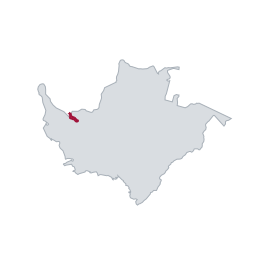 El Carmen, Norte de Santander, Colombia shown in context, rotated 285°
{"feature_id": "7082276B17655587109293", "entity_name": "El Carmen", "entity_type": "district", "adm_level": 2, "iso_a3": "COL", "parent_name": "Colombia", "parent_adm1": "Norte de Santander", "projection": "albers", "projection_center": [-73.319, 8.847], "detail": "fine", "context": "in_parent", "style": "filled", "palette": "rose", "viewbox_px": 256, "rotation_deg": 285, "n_neighbors": 0, "source": "geoboundaries", "source_scale": "gbopen_adm2", "svg_char_len": 5609}
<svg xmlns="http://www.w3.org/2000/svg" viewBox="0 0 256 256"><g transform="rotate(285 128 128)"><path d="M146.6,37.4L144.2,38.4L139.3,39.7L136.0,45.2L133.7,46.2L130.9,49.5L128.8,53.5L127.2,61.8L123.0,68.8L123.4,69.1L125.1,68.8L126.6,68.0L127.2,68.3L127.8,69.5L129.7,69.8L131.2,75.5L134.1,78.3L134.4,79.5L134.8,81.8L133.8,83.2L133.5,88.4L134.4,89.7L136.6,90.2L138.0,93.4L138.9,94.2L140.3,94.7L143.4,94.2L149.2,94.7L150.5,94.6L153.7,93.4L157.8,94.8L160.9,95.0L169.2,104.7L170.0,104.4L171.0,104.9L173.1,103.9L174.9,103.7L177.2,104.2L180.3,104.2L186.6,103.1L187.5,102.5L190.9,103.0L191.9,103.7L192.5,105.5L192.1,106.7L190.9,107.8L190.3,109.3L190.2,111.0L189.6,112.4L188.5,113.2L188.1,114.5L188.3,116.1L187.9,123.4L188.3,124.0L188.8,127.0L190.2,130.9L191.0,132.0L192.2,132.9L194.5,136.1L194.0,137.2L188.4,142.3L188.1,143.5L189.2,143.0L190.9,143.5L191.6,144.7L195.8,148.1L195.8,149.4L197.0,152.0L196.8,152.6L199.9,160.1L200.0,161.7L197.6,162.1L197.4,157.1L197.1,156.1L194.2,151.7L193.6,151.3L191.8,151.9L188.8,155.2L187.4,155.7L186.2,155.3L185.0,153.3L184.3,153.0L183.6,154.6L184.5,156.1L171.0,156.2L168.3,155.7L164.7,156.5L164.7,164.0L171.2,164.1L172.9,166.2L172.8,168.0L173.1,168.6L171.6,169.0L169.3,167.8L165.3,169.3L162.4,169.7L162.3,178.0L164.1,180.1L167.5,182.3L168.0,183.8L167.8,185.2L168.6,187.0L169.8,187.9L169.8,189.0L170.4,190.2L163.9,225.3L161.5,223.2L160.6,221.3L159.4,220.5L157.1,221.1L154.7,220.2L162.5,208.2L162.2,207.2L155.6,204.3L154.9,203.6L151.7,202.0L150.0,202.5L149.0,203.3L146.6,203.5L144.7,202.3L142.3,201.5L139.6,203.5L138.7,203.5L136.8,204.4L134.7,204.7L131.9,203.8L129.7,204.4L128.1,204.3L127.5,203.7L125.6,203.0L125.3,202.2L125.9,200.7L125.1,197.8L124.7,197.3L123.2,197.2L121.5,196.2L121.1,195.6L121.5,194.4L121.2,193.4L119.5,191.1L117.1,190.4L114.8,188.5L112.5,187.8L111.5,186.4L110.5,183.3L108.1,180.8L106.5,180.0L105.9,178.8L104.2,178.7L101.9,177.1L100.9,177.0L100.2,177.7L98.1,176.9L96.2,175.7L94.4,175.4L93.1,174.7L90.9,172.4L88.5,171.3L87.1,171.7L86.6,173.4L85.8,173.7L83.0,173.2L82.6,173.6L81.8,173.5L78.5,172.2L75.1,171.7L74.3,168.9L72.2,167.8L71.5,166.5L70.0,166.6L64.3,164.0L62.0,162.2L60.0,161.2L57.9,159.1L57.6,158.3L56.0,157.1L56.8,155.6L58.8,154.5L61.3,155.4L61.6,153.7L60.7,152.1L61.2,148.6L61.9,147.9L63.3,147.2L64.2,147.5L64.8,146.9L66.8,147.2L67.5,146.9L69.1,145.6L69.8,144.4L70.5,144.6L72.2,142.7L71.9,140.8L73.5,140.4L75.2,137.3L76.0,137.2L76.4,135.7L79.3,130.6L78.3,131.2L77.1,130.8L77.3,129.1L77.0,128.9L76.0,130.2L75.2,128.9L75.5,126.7L74.1,127.1L74.2,126.6L76.1,124.9L77.0,121.1L76.4,119.8L76.0,114.0L75.7,113.0L74.2,111.5L76.6,109.9L77.5,108.7L76.4,106.2L75.0,104.0L75.0,102.7L75.8,102.9L76.2,99.3L75.4,98.0L74.4,97.9L71.2,92.7L70.1,91.6L71.0,89.1L72.0,88.0L71.8,86.1L72.4,86.2L73.8,87.9L74.4,87.7L76.6,86.1L76.7,84.5L78.4,82.9L76.0,77.6L75.2,76.7L76.2,75.0L76.8,75.1L77.7,76.8L79.2,77.9L81.5,80.9L82.4,81.6L81.7,82.3L81.6,83.0L81.9,83.4L83.2,83.5L83.7,82.6L83.4,79.0L82.9,77.2L81.7,75.9L82.1,75.4L84.4,74.5L89.2,71.1L90.9,67.8L92.2,66.7L93.6,65.9L95.3,66.1L96.7,65.7L97.1,64.7L96.2,62.4L97.2,59.3L97.2,57.8L97.9,56.8L97.7,56.5L95.9,57.5L97.7,55.4L99.0,52.1L106.0,46.2L110.5,47.7L111.9,47.6L110.0,48.3L109.8,49.2L110.4,50.0L111.1,50.3L111.7,49.7L113.2,46.3L113.4,44.4L114.1,43.8L115.1,43.6L119.5,44.4L123.7,44.1L130.5,39.2L135.6,37.1L136.9,35.1L137.2,33.6L138.2,33.0L139.1,33.0L139.7,32.2L142.1,30.8L144.6,30.7L147.3,31.8L148.5,33.8L148.7,35.2L146.6,37.4ZM66.9,146.5L66.6,146.8L66.0,146.3L65.8,145.7L66.2,145.3L66.6,145.5L66.9,146.5Z" fill="#d9dde1" stroke="#a8b0b8" stroke-width="1"/><path d="M121.6,77.9L121.8,77.9L121.8,78.0L122.0,78.0L122.1,77.9L122.3,77.9L122.5,77.8L122.5,77.7L122.5,77.4L122.5,77.2L122.6,76.9L122.6,76.7L122.6,76.4L122.8,76.3L122.8,76.2L123.0,76.1L123.1,75.9L123.0,75.7L123.3,75.4L123.3,75.1L123.5,75.1L123.6,74.9L123.7,74.7L123.7,74.4L123.7,74.2L123.8,74.2L124.0,74.2L123.9,73.9L123.8,73.7L123.8,73.4L123.9,73.2L124.0,73.2L124.3,73.0L124.4,72.9L124.5,72.9L124.5,72.6L124.5,72.4L124.4,72.3L124.5,72.3L124.5,72.2L124.4,72.2L124.4,71.9L124.4,71.7L124.5,71.6L124.4,71.5L124.5,71.5L124.5,71.4L124.4,71.2L124.5,70.9L124.4,70.9L124.5,70.9L124.6,70.7L124.8,70.6L124.8,70.4L125.0,70.3L125.1,70.2L125.3,70.1L125.4,69.9L125.5,69.8L125.6,69.7L125.7,69.8L125.6,69.7L125.8,69.7L126.0,69.6L126.3,69.5L126.5,69.5L126.6,69.4L126.6,69.2L126.4,69.0L126.5,68.9L126.4,68.9L126.5,68.9L126.4,68.8L126.5,68.7L126.4,68.7L126.5,68.6L126.6,68.4L126.8,68.3L127.0,68.3L127.0,68.2L127.2,67.9L127.3,67.7L127.2,67.7L127.0,67.8L126.9,67.7L126.9,67.8L126.8,68.0L126.7,68.0L126.4,68.0L126.5,68.2L126.4,68.3L126.2,68.4L125.9,68.4L125.8,68.5L125.7,68.5L125.5,68.8L125.4,68.8L125.3,69.0L125.2,69.0L124.9,69.0L124.8,68.9L124.8,69.0L124.7,69.0L124.4,69.2L124.2,69.2L123.8,69.1L123.7,69.1L123.4,69.0L123.2,69.1L122.9,69.2L122.9,69.3L122.7,69.2L122.5,69.3L122.5,69.5L122.4,69.6L122.3,69.9L122.4,70.0L122.5,70.3L122.5,70.5L122.4,70.6L122.5,70.7L122.4,70.7L122.4,70.8L122.3,71.1L122.2,71.1L122.2,71.3L122.2,71.5L122.3,71.6L122.3,71.8L122.3,72.0L122.2,72.1L122.4,72.3L122.3,72.5L122.2,72.6L122.1,72.8L122.3,73.0L122.3,73.3L122.5,73.6L122.5,73.8L122.4,73.9L122.2,73.9L122.1,74.0L121.9,74.1L121.8,74.3L121.8,74.5L121.7,74.6L121.5,74.8L121.5,74.7L121.5,74.8L121.5,74.7L121.4,74.8L121.3,75.0L121.2,75.1L121.2,75.3L121.3,75.3L121.2,75.3L121.1,75.5L120.9,75.6L120.9,75.8L121.0,75.9L120.9,76.0L121.0,76.1L120.9,76.2L121.0,76.3L121.2,76.5L121.3,76.5L121.2,76.6L120.9,76.8L120.7,76.9L120.7,77.0L120.8,77.1L120.9,77.3L121.0,77.3L121.1,77.2L121.3,77.2L121.5,77.2L121.6,77.3L121.8,77.4L121.8,77.6L121.6,77.7L121.6,77.8L121.6,77.9Z" fill="#f43f5e" stroke="#9f1239" stroke-width="1.5"/></g></svg>